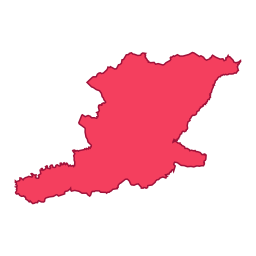 outline of Banjarnegara, Jawa Tengah, Indonesia
{"feature_id": "22746128B31481808975183", "entity_name": "Banjarnegara", "entity_type": "district", "adm_level": 2, "iso_a3": "IDN", "parent_name": "Indonesia", "parent_adm1": "Jawa Tengah", "projection": "orthographic", "projection_center": [109.665, -7.356], "detail": "fine", "context": "isolated", "style": "filled", "palette": "rose", "viewbox_px": 256, "rotation_deg": 0, "n_neighbors": 0, "source": "geoboundaries", "source_scale": "gbopen_adm2", "svg_char_len": 5780}
<svg xmlns="http://www.w3.org/2000/svg" viewBox="0 0 256 256"><path d="M239.6,62.6L240.6,61.6L240.5,60.6L238.2,62.4L237.4,62.3L235.9,62.8L233.8,62.0L233.1,60.2L229.7,56.7L229.1,56.8L228.3,56.2L228.1,55.6L226.9,57.7L225.8,58.0L226.0,59.8L224.1,60.7L222.9,58.8L220.1,59.1L215.7,57.2L212.6,55.2L211.5,56.5L211.5,57.3L211.0,57.8L210.2,57.8L210.0,58.7L206.5,60.2L204.6,58.9L203.6,57.3L201.5,56.1L200.9,55.8L199.4,56.5L194.1,53.0L192.4,52.5L188.8,54.5L182.9,56.1L180.0,56.1L177.4,54.7L174.2,56.4L173.5,55.9L171.7,57.2L170.9,57.1L170.8,57.7L170.3,57.9L170.8,59.3L170.2,60.4L166.0,62.7L164.2,64.5L163.0,65.0L158.1,63.6L155.6,64.2L154.1,62.4L150.4,62.7L149.5,62.2L148.4,62.2L148.5,61.2L147.3,60.5L147.0,59.4L145.4,57.7L145.7,57.3L145.1,56.3L145.6,55.1L145.0,54.6L144.9,53.9L145.5,53.4L142.8,53.0L141.4,53.8L140.6,55.2L137.8,55.5L134.2,54.2L133.0,54.1L131.4,52.8L129.3,53.4L128.6,54.5L126.3,54.8L123.5,59.5L122.0,59.8L121.4,63.3L120.0,64.5L118.5,64.8L116.5,68.7L114.7,69.0L110.4,66.7L110.0,67.5L107.9,67.1L107.6,68.5L106.8,69.9L103.3,73.2L101.4,73.5L100.2,72.8L98.7,73.2L97.4,74.2L96.2,76.7L94.8,76.9L93.9,76.7L92.6,77.1L87.0,82.4L91.6,86.9L93.3,87.5L96.3,89.6L99.5,90.7L101.4,93.4L102.2,96.7L103.2,97.7L104.1,100.0L105.4,101.5L105.6,102.3L104.5,103.2L103.6,102.9L101.9,103.7L101.6,104.2L102.0,104.9L101.6,105.2L100.9,104.8L99.7,104.9L99.5,105.5L98.7,105.4L98.4,107.2L99.3,110.6L98.5,111.8L96.7,112.5L97.3,113.1L97.7,112.4L98.0,112.6L97.5,114.4L98.1,115.2L97.9,116.6L96.9,116.7L97.1,117.6L96.7,118.3L94.1,117.7L91.7,117.8L91.4,117.3L90.7,117.1L90.2,116.3L88.1,115.5L85.2,116.7L82.4,114.8L81.8,115.2L78.8,122.7L79.2,123.8L84.7,127.8L85.2,128.6L85.1,132.1L86.0,137.0L87.3,139.2L88.1,142.1L91.3,145.2L91.2,146.8L90.3,147.0L90.2,148.1L88.8,147.3L88.5,148.9L86.4,148.4L86.1,149.4L84.7,148.8L84.2,149.6L78.9,150.7L78.4,151.2L77.1,150.5L75.8,151.2L75.4,150.6L74.8,151.0L74.3,150.1L73.1,150.3L72.7,150.7L74.8,153.8L73.7,155.7L74.2,157.8L74.1,160.0L74.8,162.1L74.6,165.6L73.9,165.5L73.6,166.5L72.5,165.6L71.1,166.2L70.2,165.1L68.8,166.2L67.1,163.4L66.4,163.2L66.3,164.0L65.6,164.6L64.1,162.8L63.4,163.3L64.2,163.9L62.8,164.7L61.8,164.5L61.2,163.1L60.3,163.2L60.1,164.0L60.6,165.5L60.1,165.9L59.2,166.0L57.3,164.8L56.4,165.1L55.9,165.5L55.6,167.0L54.7,167.5L53.0,167.3L52.3,165.2L51.2,165.1L49.9,166.4L49.9,166.9L50.6,167.8L50.0,168.7L47.6,168.2L47.3,166.1L46.9,165.8L45.5,166.7L46.2,167.7L45.0,169.3L43.1,170.3L42.3,168.5L41.9,168.4L41.2,168.9L42.0,169.6L42.0,170.0L40.1,170.2L40.8,173.7L38.3,175.4L39.0,176.7L38.5,178.2L37.0,178.3L35.6,177.6L36.1,174.9L34.2,175.1L31.9,173.5L31.1,173.8L32.4,175.9L32.4,176.6L31.9,177.0L28.5,176.4L27.7,177.0L25.3,177.7L23.7,178.9L23.1,179.9L21.1,178.1L20.0,177.9L19.9,179.9L19.5,180.6L16.3,181.7L15.4,180.9L15.4,182.3L16.0,182.2L16.3,182.8L16.4,183.9L15.9,184.7L16.6,184.8L17.1,185.7L16.9,186.5L15.8,186.9L16.6,187.3L16.9,188.3L16.4,189.4L16.8,189.8L16.6,190.9L15.6,192.4L15.7,193.0L16.5,194.0L17.4,194.0L17.9,193.5L18.6,193.8L19.7,195.3L21.4,196.3L23.2,196.2L23.6,195.9L24.5,196.8L24.9,196.6L25.6,197.7L25.9,199.2L27.8,200.3L29.2,201.9L30.0,201.8L30.2,201.0L32.6,203.5L33.9,203.4L35.8,202.5L37.4,202.7L37.9,202.0L37.9,201.4L38.7,200.7L41.3,201.9L43.6,202.0L44.5,201.4L44.9,199.0L46.0,197.9L49.4,196.9L53.4,196.4L56.4,194.7L57.3,194.9L58.5,196.0L64.1,194.1L64.7,193.8L64.4,192.9L65.3,191.4L67.8,190.9L68.5,190.1L69.7,189.5L70.6,188.2L70.9,190.4L71.4,191.1L74.7,190.4L79.0,191.3L82.0,193.2L86.6,193.2L87.7,194.7L89.7,196.1L90.7,194.9L91.3,192.7L92.2,191.5L93.1,191.3L94.0,191.6L95.6,190.8L99.3,190.9L100.6,192.2L105.8,192.4L106.7,193.2L107.3,192.4L109.5,192.1L109.8,191.5L111.1,191.0L112.8,189.3L117.3,188.6L117.1,187.9L118.1,187.3L118.1,185.4L119.7,183.4L120.6,183.1L125.3,179.3L127.1,179.1L127.8,179.5L129.3,181.0L130.7,184.1L131.5,184.9L134.1,185.2L136.4,184.2L138.3,183.9L141.2,187.2L141.3,188.1L143.3,188.1L143.8,187.5L145.1,187.7L146.1,188.2L147.5,187.6L147.9,185.6L152.0,185.0L155.1,182.3L155.5,181.2L157.0,179.8L158.5,179.6L160.3,177.9L162.9,177.0L165.8,178.0L166.0,177.3L167.0,176.5L166.4,176.5L165.5,174.7L166.4,174.6L166.6,175.0L167.6,174.1L169.0,174.1L169.4,172.9L170.3,172.0L170.5,172.2L171.3,171.7L171.5,170.5L172.3,169.8L173.0,169.6L173.6,171.3L175.2,166.0L173.8,164.6L174.1,163.0L174.7,162.2L177.3,162.6L181.2,165.4L184.3,165.6L187.4,166.7L191.0,166.4L193.8,166.9L196.8,165.9L199.8,166.2L200.7,165.8L203.5,165.7L204.4,163.9L203.9,162.9L204.3,162.7L204.0,161.7L204.3,160.9L205.2,160.4L205.8,159.3L206.1,155.1L204.5,154.8L205.0,154.2L204.7,154.0L202.1,154.7L200.1,152.5L197.7,151.7L196.1,151.6L195.0,150.5L194.2,150.9L191.2,150.2L189.7,150.7L189.3,149.7L187.2,148.4L185.0,148.4L184.6,146.9L183.4,146.1L181.9,145.6L181.4,144.6L180.1,144.1L180.1,143.1L178.0,143.1L175.9,141.4L174.5,141.4L173.0,142.2L173.2,141.3L174.0,139.4L175.0,140.2L176.1,140.0L177.2,140.3L177.3,139.0L178.6,138.8L178.6,137.6L179.4,136.9L180.2,134.4L181.6,133.7L181.8,132.4L182.6,131.5L183.1,131.2L184.6,131.7L186.2,130.7L186.2,129.8L187.2,129.2L187.6,128.1L187.2,125.5L187.9,122.0L190.0,120.5L189.7,119.9L190.0,118.7L190.7,118.1L191.6,116.3L192.9,115.2L193.9,115.4L195.7,114.7L196.4,113.9L197.0,111.5L199.0,110.6L199.4,109.0L200.9,107.5L200.7,107.2L202.4,106.6L202.6,105.9L203.3,105.9L203.3,104.8L204.0,104.6L204.5,104.0L205.3,104.3L205.2,103.8L205.8,103.0L206.4,103.1L206.4,102.1L207.3,101.6L207.6,100.0L208.7,99.2L209.3,99.4L209.8,97.6L210.5,97.1L209.9,95.5L210.6,94.9L209.8,94.1L211.4,92.4L212.0,89.7L213.4,86.7L213.1,85.2L214.3,85.1L214.0,84.5L215.1,82.5L215.2,81.1L217.1,79.4L218.0,77.7L219.1,76.7L220.4,76.7L221.2,75.3L222.1,75.4L223.4,74.5L224.4,74.9L225.7,74.3L226.8,74.8L228.2,74.5L229.1,73.9L231.7,74.0L233.3,73.8L234.5,73.0L236.2,73.1L237.6,70.9L238.4,70.5L237.3,66.7L238.0,65.7L237.8,64.4L239.1,64.0L239.6,62.6Z" fill="#f43f5e" stroke="#9f1239" stroke-width="1.5"/></svg>